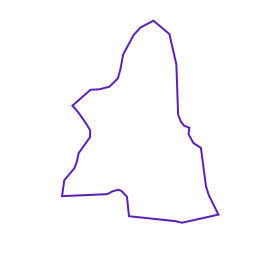 outline of Radovljica, rotated 351°
{"feature_id": "SVN-1016", "entity_name": "Radovljica", "entity_type": "Statistical Region", "adm_level": 1, "iso_a3": "SVN", "parent_name": "Slovenia", "parent_adm1": "", "projection": "orthographic", "projection_center": [14.199, 46.349], "detail": "fine", "context": "isolated", "style": "outline", "palette": "violet", "viewbox_px": 256, "rotation_deg": 351, "n_neighbors": 0, "source": "natural_earth", "source_scale": "10m", "svg_char_len": 622}
<svg xmlns="http://www.w3.org/2000/svg" viewBox="0 0 256 256"><g transform="rotate(351 128 128)"><path d="M166.4,230.0L160.5,227.5L115.2,215.3L116.2,195.7L111.6,189.0L108.3,187.4L102.1,188.3L97.2,190.1L52.2,185.0L56.9,169.6L68.9,159.2L72.0,153.7L75.4,145.0L89.0,131.2L90.3,124.5L87.6,117.6L81.6,105.4L76.7,97.2L96.9,84.4L105.6,85.3L116.2,84.3L125.8,77.4L129.9,68.3L134.7,54.7L148.1,37.1L156.0,30.7L169.9,26.0L183.6,41.7L185.7,73.0L179.6,122.5L181.3,130.3L183.8,134.5L188.6,137.4L186.8,143.7L190.4,153.3L196.9,159.0L195.9,197.8L197.3,207.0L203.8,227.7L166.4,230.0Z" fill="none" stroke="#5b21b6" stroke-width="2"/></g></svg>